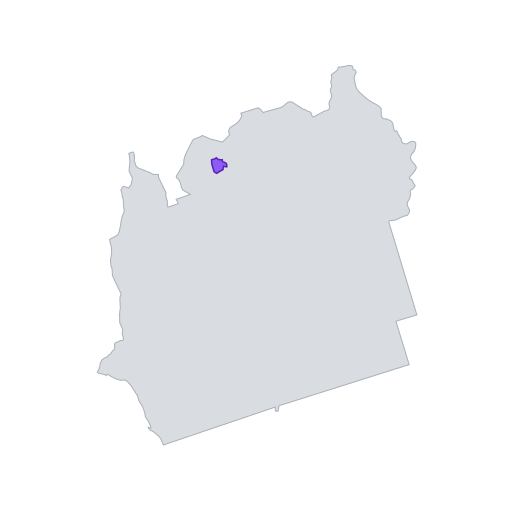 location of Heiban, South Kordufan, Sudan, rotated 162°
{"feature_id": "16777658B58356083218961", "entity_name": "Heiban", "entity_type": "district", "adm_level": 2, "iso_a3": "SDN", "parent_name": "Sudan", "parent_adm1": "South Kordufan", "projection": "albers", "projection_center": [30.437, 11.168], "detail": "fine", "context": "in_parent", "style": "filled", "palette": "violet", "viewbox_px": 512, "rotation_deg": 162, "n_neighbors": 0, "source": "geoboundaries", "source_scale": "gbopen_adm2", "svg_char_len": 5042}
<svg xmlns="http://www.w3.org/2000/svg" viewBox="0 0 512 512"><g transform="rotate(162 256 256)"><path d="M345.3,392.9L341.0,393.0L340.6,392.0L340.6,389.2L341.1,387.1L342.6,383.8L342.2,381.9L342.4,379.3L341.2,376.4L331.0,368.0L329.0,365.7L323.5,363.6L324.4,361.2L322.0,343.8L323.1,341.8L323.4,338.8L323.3,336.1L324.6,331.6L324.7,329.7L314.0,329.7L313.9,331.6L314.4,333.8L314.4,334.6L299.4,334.8L305.4,341.6L305.7,344.5L305.4,348.3L305.5,350.7L305.9,352.2L307.5,355.3L307.4,355.8L307.0,356.6L296.4,365.7L294.7,370.0L293.3,372.2L290.2,375.9L280.5,385.6L278.9,386.3L271.4,386.7L270.7,386.9L270.1,387.3L269.8,387.2L263.4,381.5L252.8,374.7L245.7,378.2L243.7,379.5L243.7,382.8L242.6,384.5L240.7,386.3L235.5,387.5L232.7,388.5L229.5,390.3L226.3,393.4L226.1,395.0L226.4,396.5L208.3,396.3L207.1,395.1L204.6,390.0L202.7,390.3L186.2,389.5L183.9,390.0L179.1,392.1L176.8,392.4L174.3,391.4L165.8,381.1L164.0,379.9L162.0,377.5L160.2,376.4L159.6,375.6L159.4,374.5L159.5,372.3L158.9,370.9L157.6,370.6L145.9,372.7L144.3,372.4L141.8,372.8L141.0,373.2L140.0,374.5L139.7,377.3L139.4,378.7L138.5,380.2L135.1,383.5L134.4,385.0L134.4,388.8L134.2,390.7L133.7,391.6L132.2,393.0L131.7,393.8L131.0,398.7L129.1,401.5L128.7,402.6L128.5,404.7L128.2,405.3L122.9,406.9L120.9,407.9L119.7,409.5L119.3,410.2L117.1,409.6L114.2,409.1L108.7,408.5L106.6,407.6L105.5,406.5L105.9,403.5L105.4,402.9L104.5,402.4L104.0,401.1L104.1,399.6L107.1,396.2L107.8,394.4L108.7,386.0L108.5,383.4L106.4,378.5L101.3,370.2L100.0,368.5L93.6,361.6L92.9,360.6L91.4,357.7L93.3,351.5L93.4,349.7L93.0,347.9L91.4,346.6L89.9,346.4L88.0,344.6L86.8,343.8L85.7,342.3L85.0,340.3L85.7,332.9L85.4,331.9L83.7,331.6L83.3,331.0L83.4,329.6L82.6,325.4L81.7,321.9L82.3,320.0L81.0,317.3L78.3,316.1L73.1,316.9L71.5,316.7L70.4,316.1L69.6,315.2L69.2,314.0L69.7,312.3L71.2,309.2L73.2,306.7L77.0,304.5L78.0,303.2L78.6,301.9L78.8,300.3L78.6,298.6L78.2,297.1L77.1,295.0L76.2,292.6L76.2,291.0L76.7,289.8L77.8,288.5L81.6,285.9L85.4,283.7L86.1,282.9L85.9,282.0L84.2,280.1L83.7,276.5L82.8,273.9L84.8,272.1L86.3,271.4L88.5,270.9L89.4,270.1L89.7,268.6L89.6,267.2L90.5,266.1L91.6,263.9L92.5,262.8L95.5,260.2L96.2,258.5L96.4,256.8L95.7,251.7L97.4,249.6L99.6,247.9L102.7,248.1L107.5,247.8L110.7,247.2L113.0,247.2L118.3,248.3L118.9,247.9L119.2,246.6L121.2,150.3L142.8,150.7L143.1,150.5L143.9,105.4L279.4,106.5L280.5,106.3L282.6,102.1L283.5,101.8L284.9,102.0L285.4,103.0L284.3,106.4L402.5,104.9L402.8,110.1L403.9,114.2L407.4,120.0L410.3,123.1L411.4,124.8L411.5,125.6L411.4,126.4L410.5,125.6L409.0,125.0L408.9,127.8L409.7,133.4L411.0,137.4L410.2,141.1L410.4,147.3L412.1,154.7L411.9,159.5L414.7,170.6L417.2,176.7L418.6,178.2L420.1,179.0L423.0,179.5L427.3,182.5L430.7,185.8L432.0,187.5L433.6,189.4L434.7,189.0L435.4,188.5L436.5,190.0L441.9,193.2L442.8,194.7L440.9,196.3L438.8,198.9L437.7,201.4L437.2,202.2L435.5,203.8L435.2,204.5L434.4,205.0L433.6,205.1L431.8,205.9L430.2,205.7L428.5,206.2L427.9,206.8L426.6,207.4L424.8,207.7L422.1,209.8L419.7,210.9L418.9,211.7L417.8,215.8L416.9,216.9L413.3,217.1L411.5,217.5L409.1,217.1L408.0,217.2L407.7,218.1L407.3,221.6L407.4,223.1L405.5,227.2L406.2,234.7L404.4,240.4L404.2,241.7L402.3,246.2L401.3,247.9L399.0,256.3L398.0,258.9L396.0,261.7L398.6,281.7L396.9,287.9L397.0,291.3L395.9,296.3L394.9,298.6L393.4,301.4L392.0,304.5L390.9,308.6L390.3,316.4L389.9,317.1L383.5,318.2L381.5,318.7L380.2,319.6L378.5,321.6L375.3,327.1L373.7,330.5L371.0,335.1L367.9,338.4L367.3,340.0L366.8,342.9L365.7,347.6L364.7,350.9L364.9,353.5L364.0,358.1L364.2,360.4L363.1,361.6L361.6,362.8L360.6,363.2L356.0,360.1L352.9,362.3L351.0,365.3L349.5,368.3L350.4,374.7L350.4,376.1L349.9,377.6L347.0,383.9L346.2,386.8L345.3,391.7L345.3,392.9Z" fill="#d9dde1" stroke="#a8b0b8" stroke-width="1"/><path d="M267.8,346.7L267.4,346.8L267.1,347.0L266.4,347.1L265.9,347.2L265.1,347.5L264.8,347.5L264.3,347.6L263.9,347.7L263.7,347.8L263.3,347.8L263.1,347.9L262.7,348.0L262.2,348.1L261.9,348.1L261.7,348.3L261.4,348.2L261.2,348.3L260.9,348.3L260.6,348.4L260.5,348.6L260.5,349.0L260.4,349.1L260.4,349.3L259.3,350.9L259.1,351.4L258.7,351.1L257.1,350.2L256.7,350.0L256.5,349.9L256.2,349.9L256.3,349.9L256.2,349.9L256.3,349.9L256.2,349.9L256.2,350.0L256.0,350.3L255.9,350.7L255.8,351.3L255.7,352.0L255.5,352.4L255.6,352.8L255.7,353.3L255.8,353.5L256.2,353.9L256.4,354.1L257.4,355.2L257.7,355.4L258.0,355.5L258.4,355.8L258.6,356.0L258.7,356.3L258.6,356.5L258.6,357.0L258.4,357.4L258.3,357.7L258.3,358.0L259.0,358.1L259.7,358.4L260.1,358.6L260.6,358.7L260.9,358.9L261.3,359.0L261.6,359.2L261.9,359.5L262.3,360.0L262.5,360.4L263.1,361.1L263.5,361.7L263.8,361.5L264.2,361.4L264.5,361.4L264.8,361.3L265.0,361.3L265.2,361.1L265.9,361.1L266.7,361.1L266.9,361.1L267.1,361.3L267.8,361.3L268.3,361.3L268.5,361.3L268.6,361.0L268.7,360.8L268.7,360.4L268.9,360.0L269.0,359.7L269.1,359.2L269.2,358.8L269.3,358.5L269.4,358.1L269.5,357.7L269.5,357.0L269.5,356.6L269.7,356.4L269.7,353.0L269.7,352.4L269.8,352.2L269.8,349.2L269.7,349.1L269.5,348.7L269.1,348.2L268.9,347.9L268.6,347.5L268.2,347.2L267.8,346.7Z" fill="#8b5cf6" stroke="#5b21b6" stroke-width="1.5"/></g></svg>